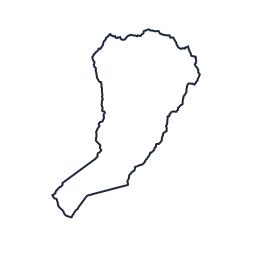 the district of Chorrochó, Bahia, Brazil, rotated 196°
{"feature_id": "56859067B48761296402275", "entity_name": "Chorrochó", "entity_type": "district", "adm_level": 2, "iso_a3": "BRA", "parent_name": "Brazil", "parent_adm1": "Bahia", "projection": "albers", "projection_center": [-39.189, -9.189], "detail": "fine", "context": "isolated", "style": "outline", "palette": "slate", "viewbox_px": 256, "rotation_deg": 196, "n_neighbors": 0, "source": "geoboundaries", "source_scale": "gbopen_adm2", "svg_char_len": 5903}
<svg xmlns="http://www.w3.org/2000/svg" viewBox="0 0 256 256"><g transform="rotate(196 128 128)"><path d="M157.6,26.6L157.5,27.4L157.4,28.2L157.2,28.9L156.7,30.6L156.4,31.5L156.2,32.2L156.0,32.9L155.4,34.5L155.1,35.1L154.5,35.8L154.0,36.3L153.9,37.2L153.7,38.3L153.4,39.2L148.7,51.6L143.7,54.7L113.0,72.9L112.4,73.4L112.7,74.7L113.5,75.6L113.9,76.6L113.7,77.6L113.4,79.7L113.4,81.2L113.7,81.9L113.8,82.8L113.5,83.7L112.3,86.0L112.2,86.6L111.7,87.2L111.2,87.8L110.5,88.2L110.1,89.2L110.1,90.3L110.3,91.3L110.4,92.2L110.2,92.9L109.3,93.3L108.3,93.8L107.7,94.5L106.8,95.4L106.2,95.8L105.5,95.9L104.7,96.4L104.0,97.2L102.6,99.4L102.5,100.4L102.3,101.6L101.4,103.6L100.8,105.7L100.3,106.6L100.1,107.2L99.9,108.5L99.8,109.4L99.9,110.3L99.0,110.6L98.5,111.3L98.0,112.1L97.6,112.7L97.2,113.5L96.8,114.5L97.0,115.7L96.8,116.6L96.1,117.4L96.0,118.3L96.3,119.0L96.5,119.7L96.2,120.5L95.5,120.8L94.1,121.1L93.5,122.0L93.1,122.9L92.7,123.8L92.2,125.1L92.1,125.9L92.4,126.5L92.6,127.3L92.7,128.3L92.6,129.3L92.3,130.5L92.6,131.3L92.6,132.8L92.2,133.4L91.8,133.8L90.9,134.5L90.5,135.5L90.0,136.0L90.4,136.9L90.6,138.0L90.9,138.8L91.4,139.6L92.0,140.3L91.9,141.1L91.6,141.8L91.5,142.7L91.8,143.7L91.8,144.7L92.1,145.4L92.4,146.3L92.5,147.3L92.5,148.4L93.2,149.5L93.0,150.1L92.3,150.4L91.7,150.6L91.5,151.6L91.9,152.6L91.5,153.3L91.0,154.4L90.7,155.3L89.9,155.9L89.1,156.4L88.1,156.6L86.3,156.8L85.8,157.2L85.8,157.9L85.3,158.7L84.9,159.4L85.5,161.2L84.6,162.2L84.2,163.3L83.8,164.0L83.4,164.7L82.5,165.4L82.1,166.1L82.3,167.0L82.6,167.6L82.7,168.2L82.8,168.8L83.0,169.6L83.1,170.5L82.9,171.5L83.1,172.2L83.4,172.9L83.3,173.6L83.0,174.5L82.4,176.1L82.2,177.1L81.7,178.7L81.8,179.4L82.5,180.9L82.6,181.9L82.5,182.9L82.6,183.8L82.9,184.9L82.4,186.7L82.0,187.3L81.4,187.8L80.4,187.9L79.3,188.1L78.2,188.4L76.5,187.9L75.9,188.3L75.8,189.1L75.3,189.7L75.2,190.6L75.2,191.3L74.7,191.8L74.3,192.8L74.5,193.8L74.4,194.4L74.2,195.0L74.1,196.3L73.8,197.3L73.9,198.2L73.8,199.2L74.4,199.9L75.2,200.2L75.8,200.8L76.0,201.6L76.3,202.4L76.4,203.1L77.3,204.0L77.9,204.9L78.6,205.2L79.4,205.7L81.2,207.2L81.2,208.0L81.0,208.6L80.6,209.2L81.0,209.8L80.8,210.6L81.0,211.6L81.5,212.7L82.1,213.2L82.1,214.6L83.0,215.2L83.9,214.9L84.6,215.1L85.4,214.8L86.1,214.9L86.9,214.8L87.6,215.6L88.1,216.6L88.7,217.5L89.3,218.0L90.0,218.7L90.5,219.5L91.1,220.2L91.6,220.9L91.9,221.6L92.3,222.2L92.8,222.9L93.4,222.2L94.1,221.5L94.9,221.4L95.3,220.8L95.3,220.0L95.9,219.7L96.6,219.7L97.4,219.9L98.1,219.3L99.0,218.6L101.5,219.2L102.1,219.6L102.8,220.1L103.4,220.8L104.2,221.4L104.6,222.2L105.4,223.7L105.9,224.0L106.5,224.4L107.1,225.1L107.6,225.5L108.5,226.3L108.9,227.1L109.7,227.4L110.4,227.2L111.4,226.8L112.3,226.6L112.6,227.2L113.0,227.7L113.6,228.5L114.3,228.2L115.9,227.8L116.7,227.8L118.3,227.4L119.2,227.4L120.2,227.3L121.1,227.4L121.7,227.7L122.4,227.5L123.2,227.6L123.8,228.0L124.2,228.5L124.7,229.1L125.3,229.6L126.4,229.2L127.6,228.9L128.4,228.4L129.4,228.5L130.6,228.4L131.9,228.4L132.9,227.9L133.9,228.0L134.6,228.5L135.6,228.4L136.1,228.0L136.7,227.5L137.3,226.9L138.2,226.3L139.2,225.9L139.6,225.1L139.3,224.2L139.4,223.2L139.9,222.3L140.6,221.7L140.9,220.8L141.2,220.0L141.8,219.8L143.0,219.8L144.0,219.8L144.4,218.7L145.1,218.7L145.8,218.9L146.8,218.9L147.8,218.4L148.7,218.5L149.7,218.4L150.6,218.2L151.5,218.2L152.1,217.7L152.7,216.9L153.3,216.7L154.6,214.3L154.9,213.4L155.1,212.5L155.9,212.1L156.7,211.5L157.7,211.3L158.5,211.3L159.4,211.7L160.1,212.5L160.6,213.2L161.2,212.8L161.9,212.5L162.7,212.3L163.1,211.5L164.1,211.3L164.8,211.5L165.4,211.9L165.8,212.7L166.7,212.3L167.4,212.0L168.4,212.2L169.2,212.5L170.2,212.4L170.7,213.3L171.4,212.9L171.9,212.4L172.2,211.6L172.3,210.5L172.9,209.9L173.5,209.3L174.0,208.6L173.8,207.9L173.8,207.2L174.2,206.4L174.5,205.2L175.2,204.5L175.3,203.7L175.1,202.9L175.1,202.2L175.1,201.0L175.1,199.9L175.6,199.1L175.8,198.4L176.2,197.7L176.1,196.8L176.6,196.3L177.4,196.3L178.1,196.2L178.1,195.4L178.3,194.6L178.5,193.6L179.0,193.0L179.6,192.6L179.8,191.6L180.1,190.7L180.6,190.2L181.2,189.3L181.0,188.4L181.3,187.6L181.8,186.8L181.7,186.0L181.2,185.1L180.8,184.3L180.2,183.5L179.3,182.8L178.6,182.4L178.2,181.6L178.3,180.9L178.2,180.2L178.4,179.3L177.9,178.7L177.0,177.4L176.1,177.2L175.4,176.5L175.0,175.5L175.1,174.5L174.5,173.7L174.0,172.8L173.4,172.0L173.1,170.6L172.4,169.8L171.7,167.8L171.1,167.2L170.6,166.8L169.0,165.2L168.4,164.6L167.4,164.6L166.5,164.6L166.3,163.8L165.8,163.2L165.5,162.6L165.0,161.2L164.9,160.2L164.2,159.4L163.6,157.5L163.3,156.8L163.1,155.8L162.9,155.1L162.4,154.3L161.7,152.8L161.6,152.0L161.7,151.2L161.3,150.4L160.5,149.2L160.1,148.5L160.4,147.8L160.5,146.9L160.4,145.9L160.1,145.3L159.6,142.4L159.2,141.9L158.6,141.4L158.0,140.5L157.8,139.9L157.9,138.0L157.0,137.2L155.7,137.3L155.0,137.0L154.5,136.3L154.7,135.4L155.1,134.4L154.9,133.3L153.9,131.2L153.9,130.3L154.0,129.7L154.2,128.5L154.2,127.5L154.9,126.9L155.9,126.3L156.6,125.8L156.9,125.1L157.2,124.0L157.0,123.1L156.3,122.7L156.0,122.0L156.5,120.4L156.8,119.7L157.2,118.5L157.2,117.6L157.3,116.9L157.4,116.0L157.5,114.9L156.9,114.2L156.5,113.2L156.3,112.1L156.0,111.5L155.9,110.6L156.0,109.7L155.7,108.4L155.5,107.3L155.0,106.7L153.8,106.0L152.8,105.4L150.7,104.4L150.0,103.9L149.6,103.1L149.7,102.3L149.7,101.4L148.9,100.5L148.2,100.0L147.6,99.4L147.8,98.4L148.3,97.4L148.8,96.6L149.5,96.1L149.9,95.6L150.0,94.3L149.9,93.3L149.5,92.6L149.4,91.9L150.0,91.2L150.4,90.4L150.6,89.7L175.8,57.1L175.4,56.2L175.3,55.4L175.6,54.4L176.1,53.3L177.0,52.8L177.6,52.0L177.8,51.4L178.3,50.8L178.9,49.7L179.0,48.8L179.6,48.3L179.8,47.6L179.8,46.8L180.0,46.0L179.9,45.0L180.5,44.7L180.8,44.0L181.4,43.2L182.2,42.6L181.5,41.9L180.1,40.5L179.4,40.0L177.5,40.1L176.9,39.9L175.7,37.9L175.0,37.0L174.3,35.1L173.7,34.2L172.0,32.7L170.6,32.0L169.5,31.6L168.7,31.1L166.7,29.6L166.2,28.7L165.4,27.9L164.5,27.2L163.6,26.8L162.5,26.5L160.3,26.6L158.8,26.4L157.6,26.6Z" fill="none" stroke="#1e293b" stroke-width="2"/></g></svg>